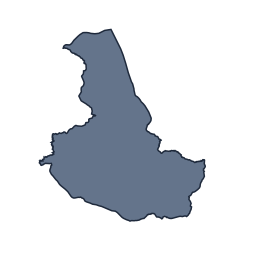 Si Mueang Mai, Ubon Ratchathani, Thailand (Natural Earth projection), rotated 290°
{"feature_id": "78962969B56370266169267", "entity_name": "Si Mueang Mai", "entity_type": "district", "adm_level": 2, "iso_a3": "THA", "parent_name": "Thailand", "parent_adm1": "Ubon Ratchathani", "projection": "natural_earth1", "projection_center": [105.345, 15.559], "detail": "fine", "context": "isolated", "style": "filled", "palette": "slate", "viewbox_px": 256, "rotation_deg": 290, "n_neighbors": 0, "source": "geoboundaries", "source_scale": "gbopen_adm2", "svg_char_len": 5608}
<svg xmlns="http://www.w3.org/2000/svg" viewBox="0 0 256 256"><g transform="rotate(290 128 128)"><path d="M214.8,78.3L211.7,72.7L207.0,68.2L205.9,66.0L205.2,64.5L204.2,60.7L204.1,58.9L203.6,56.6L202.3,53.2L199.5,51.0L197.2,49.7L192.0,47.2L188.1,46.1L186.4,45.0L186.0,44.5L185.2,41.7L184.8,41.0L184.3,40.5L182.9,39.7L180.8,39.8L180.9,40.3L181.7,41.1L181.6,42.0L182.0,43.5L181.5,44.9L181.6,46.5L181.2,47.3L180.3,48.1L179.5,50.0L179.8,52.1L179.5,52.9L179.3,53.0L179.6,53.5L179.3,53.8L179.4,54.2L179.1,54.2L179.2,55.0L178.9,56.1L179.0,57.4L178.6,57.6L178.6,58.4L178.3,59.0L178.0,59.2L177.6,60.1L177.7,61.1L177.0,62.1L176.4,62.7L176.3,63.1L176.5,63.5L176.2,64.1L175.1,64.3L174.9,64.6L174.5,64.3L174.0,64.4L173.6,65.0L173.9,65.5L173.8,66.1L173.1,66.9L169.1,68.6L168.0,68.4L167.2,68.0L166.7,67.0L166.4,66.7L165.2,67.2L163.2,67.5L161.1,66.7L160.6,66.8L156.9,70.3L155.7,71.2L154.7,71.5L152.7,71.6L151.7,71.2L150.3,70.4L149.5,70.4L147.9,70.9L146.0,71.8L141.5,70.9L141.1,71.0L137.8,74.4L137.5,74.9L136.3,80.7L135.8,82.0L135.5,83.8L134.9,84.7L134.4,86.8L131.6,88.6L128.7,89.0L128.6,90.0L128.8,92.5L128.5,93.2L128.1,93.0L127.3,91.2L125.1,90.9L123.4,88.5L122.7,88.2L120.9,88.9L119.9,88.7L119.3,88.1L118.8,86.8L118.6,86.6L116.2,86.6L113.8,83.9L112.6,79.6L112.7,78.9L112.5,78.0L111.3,77.0L108.3,75.7L107.4,74.2L106.3,73.5L105.3,73.1L102.8,72.7L101.9,72.1L101.9,71.4L102.5,70.3L102.4,69.3L102.1,68.9L101.3,68.6L101.0,67.9L100.1,67.2L99.9,66.3L99.9,65.1L99.2,64.8L97.8,63.6L98.0,63.3L98.0,62.9L97.7,62.8L98.0,62.0L97.0,60.8L97.1,60.4L97.0,59.7L96.4,59.3L95.6,59.4L95.0,60.0L94.5,59.6L93.9,60.0L93.5,59.9L93.3,60.6L92.8,61.1L92.0,60.7L91.8,61.1L91.4,60.9L90.8,61.5L90.9,62.3L90.5,62.9L89.7,62.5L89.5,62.0L89.4,62.1L88.9,61.6L88.6,61.6L88.6,61.1L88.2,60.8L88.2,61.2L87.6,61.6L87.1,62.0L86.4,61.8L86.2,62.2L85.5,62.5L85.7,63.1L85.4,63.1L85.3,63.4L85.0,63.5L85.0,64.0L84.4,64.2L84.1,63.9L83.5,64.5L82.3,64.1L82.0,65.1L80.9,65.8L80.3,66.7L79.6,66.1L79.6,66.5L79.3,65.9L79.0,66.0L78.9,65.8L78.8,66.2L78.9,66.4L78.3,66.6L78.4,66.9L78.2,67.1L77.9,66.7L77.5,66.7L77.4,66.4L77.1,66.0L76.8,66.1L76.7,65.7L76.4,65.5L76.1,65.1L76.2,64.7L75.9,64.1L75.1,63.6L74.4,62.4L73.9,62.1L73.5,62.1L72.8,61.5L73.0,61.1L72.7,60.8L72.7,60.3L72.4,60.4L72.2,59.9L71.6,59.4L71.7,59.2L70.0,59.7L69.7,59.2L69.3,59.0L69.2,58.6L68.1,59.2L68.1,58.8L67.8,58.8L67.6,58.4L67.8,58.0L67.3,57.7L67.6,57.4L67.6,57.1L67.3,57.2L67.3,56.4L66.9,56.5L66.8,56.3L66.6,56.5L65.7,56.6L65.4,56.9L64.9,56.7L64.4,57.8L63.4,58.7L63.3,59.4L64.5,60.8L65.7,61.6L66.5,62.4L67.8,66.6L68.5,68.1L67.1,69.0L66.0,68.5L64.5,68.9L62.4,68.9L61.1,69.2L60.4,69.6L58.2,72.0L57.5,73.5L54.8,77.9L54.0,79.8L51.6,83.0L50.7,85.1L49.0,90.0L47.6,93.2L44.4,97.7L43.7,99.2L43.6,100.7L44.0,101.9L45.9,105.0L46.2,106.2L46.9,107.2L46.7,107.5L46.7,108.2L46.4,108.6L46.5,109.7L46.3,110.5L45.8,111.3L44.7,112.4L44.4,114.0L44.5,118.1L44.3,120.8L45.0,124.4L45.0,127.6L45.3,129.9L44.7,141.0L45.5,144.6L44.9,146.9L42.1,152.8L41.6,154.6L41.3,158.0L41.4,160.5L41.2,161.7L42.2,163.0L43.0,165.6L43.5,166.4L44.0,167.8L45.4,170.1L46.3,170.7L46.4,171.1L46.9,171.4L48.2,173.2L48.4,173.9L51.8,175.6L53.1,175.9L53.2,176.4L53.6,176.4L54.0,176.8L54.3,177.8L54.9,178.5L54.8,178.9L55.3,179.3L55.5,179.2L56.0,179.8L56.3,181.5L56.5,181.6L56.3,182.5L54.4,185.0L54.2,185.6L54.7,186.7L54.8,188.3L54.6,189.8L54.2,190.9L55.2,191.4L56.4,191.4L57.5,192.6L57.5,194.3L57.2,194.9L57.6,195.1L57.3,196.5L57.4,198.4L58.0,200.1L62.3,206.2L62.9,207.3L63.4,209.5L64.9,211.6L65.0,213.0L64.9,213.4L66.8,214.4L68.3,214.6L68.7,215.0L70.9,214.9L73.0,215.1L75.6,214.7L75.9,213.4L76.9,213.1L78.7,213.1L80.4,211.6L81.7,209.7L83.7,209.3L84.1,208.6L84.5,208.6L86.2,210.0L89.6,210.6L90.4,211.9L91.3,212.8L93.9,214.5L96.2,215.6L97.7,215.7L99.7,215.2L101.5,215.1L103.3,215.5L104.5,215.4L106.0,216.0L108.7,216.3L112.4,214.3L113.4,214.5L113.6,213.8L114.3,213.2L115.0,213.3L115.4,213.0L116.3,213.5L118.0,213.8L118.8,213.5L120.5,211.9L124.0,210.9L124.2,210.6L123.9,209.4L123.6,209.4L123.5,209.1L123.1,209.2L122.6,208.5L122.2,208.6L122.2,208.1L121.9,208.3L121.6,208.0L121.3,206.6L120.7,206.2L120.8,205.7L120.4,205.3L120.2,204.6L119.9,204.2L119.9,203.9L119.7,203.6L119.4,203.8L119.3,203.5L118.7,203.0L118.4,202.5L118.7,201.7L118.9,200.3L118.6,198.9L119.0,198.1L118.9,197.8L119.2,196.7L118.7,195.7L118.8,193.9L118.5,192.5L118.7,191.6L119.0,191.3L119.2,190.7L119.2,190.2L118.9,189.5L119.1,189.2L118.9,188.6L119.6,188.2L120.0,187.3L120.9,187.2L120.9,186.8L121.8,185.0L121.8,184.1L122.3,183.7L122.6,183.0L122.6,182.5L122.3,182.4L122.5,181.5L122.8,180.8L122.7,180.2L122.9,179.8L122.2,179.4L122.3,179.0L122.1,178.8L122.3,178.3L121.8,177.5L121.7,176.5L121.1,175.9L120.7,175.9L120.7,175.5L120.5,174.8L120.1,174.5L119.5,171.6L119.3,171.4L119.4,170.7L118.9,170.5L117.9,169.4L116.0,168.5L115.8,168.2L115.7,167.8L116.0,167.2L116.5,166.6L116.9,164.8L117.2,164.1L118.1,163.1L121.8,163.5L122.1,163.4L122.4,162.9L122.7,163.1L123.7,162.8L124.1,163.1L124.7,162.9L125.1,163.1L126.0,162.7L126.2,162.3L126.9,162.4L127.0,162.7L127.8,163.3L128.2,162.8L128.3,161.2L128.2,160.8L129.9,159.1L130.1,158.6L129.8,157.5L130.0,156.6L129.9,156.2L130.4,155.9L131.1,154.7L130.7,153.3L130.8,152.2L130.6,152.1L130.5,151.2L131.5,148.6L131.3,147.7L131.7,147.2L131.9,146.4L132.8,145.6L133.4,145.4L136.6,145.3L137.3,145.1L137.7,145.2L138.3,145.8L138.7,145.8L138.6,146.0L141.7,146.9L143.0,147.0L145.2,146.4L150.0,142.1L154.6,136.4L155.9,134.2L157.2,131.3L158.7,129.6L158.8,129.2L159.1,128.9L159.5,128.3L160.5,126.1L160.7,124.7L161.4,123.4L165.6,120.7L166.8,120.2L171.0,117.3L172.6,115.4L180.0,109.4L187.7,103.9L194.8,98.5L199.8,94.1L214.8,78.3Z" fill="#64748b" stroke="#1e293b" stroke-width="1.5"/></g></svg>